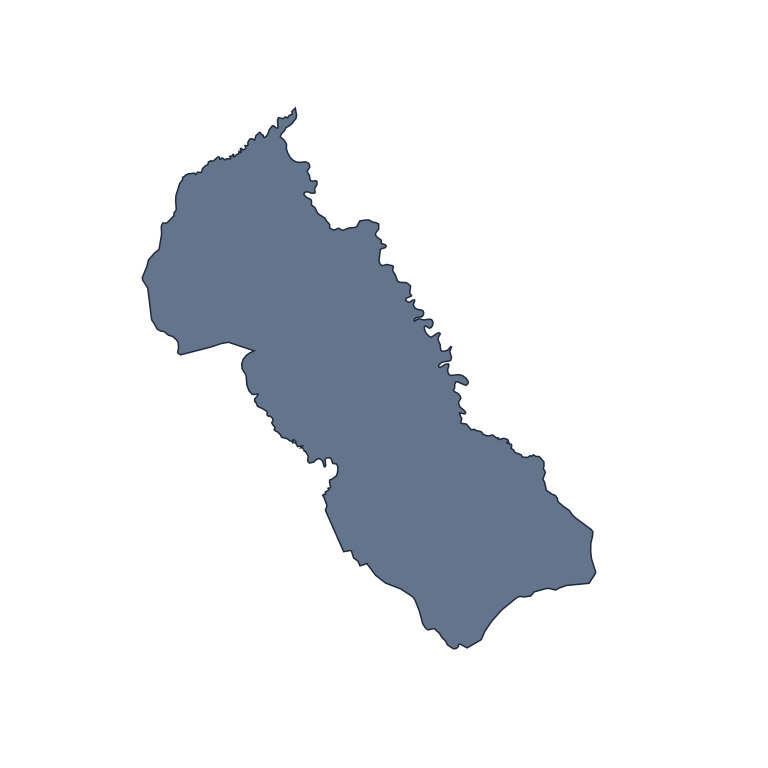 the district of Duc Linh, Bình Thuận, Vietnam, rotated 120°
{"feature_id": "81297802B10372149063277", "entity_name": "Duc Linh", "entity_type": "district", "adm_level": 2, "iso_a3": "VNM", "parent_name": "Vietnam", "parent_adm1": "Bình Thuận", "projection": "mercator", "projection_center": [107.507, 11.194], "detail": "fine", "context": "isolated", "style": "filled", "palette": "slate", "viewbox_px": 768, "rotation_deg": 120, "n_neighbors": 0, "source": "geoboundaries", "source_scale": "gbopen_adm2", "svg_char_len": 6171}
<svg xmlns="http://www.w3.org/2000/svg" viewBox="0 0 768 768"><g transform="rotate(120 384 384)"><path d="M406.4,132.1L404.2,151.3L403.4,154.8L400.8,160.7L400.4,166.5L399.2,173.5L398.5,174.9L396.3,176.8L394.9,179.6L395.4,183.3L394.8,190.3L388.7,195.9L387.0,198.8L379.9,200.0L377.3,203.9L374.8,204.5L371.4,206.7L369.4,212.7L369.6,214.2L370.8,216.2L370.6,219.2L372.6,219.9L373.1,221.7L375.6,222.7L378.2,227.7L376.7,229.7L377.8,236.2L376.2,239.2L376.3,241.9L374.3,242.1L372.6,243.4L373.7,247.7L373.1,248.3L372.6,246.6L372.2,246.6L370.4,248.9L370.3,249.9L371.2,253.2L374.8,256.9L374.6,257.5L373.5,257.8L374.4,260.4L373.8,264.0L374.3,265.2L376.6,267.2L377.5,269.3L377.9,272.9L376.7,276.1L378.1,280.7L378.2,283.5L379.6,284.8L380.0,285.9L377.5,292.5L379.3,297.2L379.2,298.3L375.3,299.2L371.7,304.2L371.2,303.9L369.5,299.0L368.0,298.9L366.9,300.8L365.9,306.7L364.0,309.2L362.3,310.4L358.0,310.3L356.3,312.0L355.2,315.0L355.4,319.0L354.9,320.6L351.7,321.0L348.8,322.7L346.1,322.8L345.3,321.2L344.4,312.9L343.4,311.9L341.9,311.5L340.5,311.8L339.6,312.6L338.1,315.7L337.5,319.5L337.8,321.6L338.4,323.7L343.1,330.4L343.5,332.2L341.6,334.8L339.3,336.2L335.1,337.2L334.4,338.4L336.2,340.6L341.6,343.7L341.9,344.9L340.9,345.8L339.5,345.9L335.9,344.5L331.1,338.6L329.9,338.1L327.3,338.8L322.9,343.3L318.1,344.1L318.5,345.0L321.7,345.4L323.4,346.2L325.8,348.6L326.7,350.8L326.1,352.0L321.9,355.0L318.5,359.5L316.8,360.2L312.6,360.3L312.0,361.1L312.2,362.1L313.3,363.1L319.9,366.5L320.2,368.6L318.9,373.0L316.7,376.0L314.4,377.6L312.9,377.1L313.1,372.8L311.6,371.4L309.7,371.2L307.1,371.8L305.6,372.9L304.5,374.9L304.9,376.7L308.6,381.5L310.0,386.2L311.8,387.8L314.1,388.7L314.2,389.6L312.3,390.0L310.3,389.2L307.4,385.4L306.2,384.6L304.3,384.5L302.4,385.2L301.3,386.5L301.1,387.9L302.8,393.2L302.3,396.5L300.4,398.3L296.6,399.0L295.9,399.6L296.9,401.0L300.5,402.8L301.0,404.8L300.7,407.1L299.7,407.7L298.4,407.4L294.0,404.2L293.4,404.5L293.0,406.3L292.0,407.4L285.9,409.9L285.2,412.6L285.1,415.7L288.1,421.3L288.0,423.8L283.9,428.7L281.8,432.7L280.9,433.5L277.7,434.5L277.3,435.6L279.1,441.4L282.2,444.4L282.4,445.7L281.8,447.8L279.7,450.0L269.8,454.2L268.2,454.0L265.4,451.1L263.5,451.0L262.8,452.4L263.5,456.8L260.8,458.2L260.3,463.4L259.1,466.0L256.8,466.7L252.6,466.0L248.1,468.6L248.3,471.8L249.3,474.1L249.5,479.1L251.2,482.0L254.9,486.5L260.9,486.3L262.5,486.9L266.6,492.6L271.4,496.4L271.8,497.7L271.8,501.3L275.3,503.9L276.0,505.8L276.1,508.9L273.0,510.9L271.4,515.6L269.9,517.9L269.5,525.8L269.1,527.2L265.9,531.9L265.1,536.5L262.0,538.1L260.8,539.5L261.0,544.9L260.3,547.5L259.4,548.4L258.0,548.6L256.5,547.5L255.5,545.4L255.2,542.7L253.3,539.4L252.4,539.5L249.4,541.8L244.7,541.8L242.1,543.4L242.0,544.7L244.5,547.9L244.3,550.0L240.7,552.8L238.7,556.5L237.8,556.9L233.2,556.7L231.1,558.5L230.5,560.0L230.8,563.0L234.3,568.0L235.6,571.1L235.7,574.9L234.6,578.6L232.3,582.6L228.9,586.3L225.2,588.2L224.3,589.3L222.5,593.2L222.0,596.7L221.4,597.6L218.7,598.0L214.8,596.9L211.0,597.1L208.2,595.3L204.8,594.0L197.8,593.0L194.8,594.2L189.4,598.8L193.8,600.1L196.3,598.4L198.9,600.4L201.7,600.6L202.0,603.1L204.5,603.8L206.2,608.6L209.0,608.0L213.8,604.7L215.5,604.2L216.1,605.1L215.6,608.9L216.2,609.8L221.3,610.5L225.1,609.6L227.7,609.7L230.3,610.7L230.5,611.7L228.9,613.1L229.3,615.0L228.2,616.4L228.1,617.2L228.8,617.8L233.2,619.1L237.2,617.9L237.7,618.3L237.3,620.5L238.9,622.7L242.9,622.7L244.7,621.5L246.0,621.4L247.0,623.6L248.7,621.7L249.7,621.7L252.1,623.3L251.2,625.1L251.7,625.9L252.6,625.8L254.8,623.5L255.4,624.0L255.1,625.9L257.3,625.1L259.0,626.3L261.7,626.9L262.3,627.9L260.5,628.8L260.5,629.5L262.5,629.7L264.1,631.5L265.0,629.7L266.0,629.6L267.5,632.8L269.3,633.6L269.1,637.2L271.5,638.3L270.0,639.9L270.1,641.2L276.4,643.4L277.4,645.7L279.5,647.1L282.2,646.2L284.3,647.8L288.2,648.9L291.3,648.1L292.3,648.3L293.8,651.4L296.8,651.9L296.2,653.7L300.1,658.7L302.0,660.2L304.4,660.7L305.7,661.8L307.6,660.6L312.4,661.2L324.8,658.4L329.9,655.8L336.3,651.4L338.4,650.9L340.3,651.5L343.4,650.1L352.4,652.3L354.1,653.7L354.9,655.9L356.4,656.0L358.9,655.7L365.5,651.5L379.4,646.3L380.5,646.3L385.1,648.2L394.0,650.0L401.4,648.0L412.9,646.5L414.9,644.5L419.0,636.6L444.4,617.5L445.3,616.1L446.4,613.5L449.8,608.0L449.9,604.3L448.5,600.4L449.5,595.4L448.5,590.5L449.6,585.5L451.2,582.9L455.4,580.0L459.8,578.6L460.3,577.7L460.5,574.8L438.4,552.3L430.2,545.0L425.6,539.5L420.2,513.1L424.4,515.9L427.7,517.4L433.0,518.3L437.6,517.3L441.7,514.6L445.4,507.8L453.4,502.3L457.5,497.4L458.9,492.6L455.8,488.1L457.1,487.7L461.5,488.5L463.6,487.4L464.6,484.8L466.6,482.4L466.1,476.7L466.3,471.7L466.9,470.9L469.0,470.1L469.6,469.1L469.7,468.0L468.8,466.8L469.3,463.7L471.2,461.6L473.3,462.0L473.9,461.6L475.0,459.8L476.0,456.6L478.0,456.5L478.9,455.8L478.8,450.8L479.5,450.0L479.6,448.5L481.3,446.1L479.8,440.2L480.3,437.2L479.7,435.2L480.6,433.4L479.7,433.2L478.1,435.0L477.5,434.6L477.4,433.6L477.8,431.6L478.4,431.2L479.5,431.9L479.7,430.2L481.4,427.6L478.4,423.7L481.0,424.3L479.9,422.5L482.0,419.4L482.0,417.7L482.8,416.1L484.5,413.4L488.7,411.8L489.8,409.2L486.9,405.8L483.0,404.8L481.0,402.7L480.9,400.7L481.6,398.6L485.5,394.4L485.4,393.7L483.5,393.8L478.9,397.4L477.2,397.1L475.4,395.0L475.1,392.4L478.4,388.8L477.1,385.2L477.8,383.7L480.1,381.6L485.0,379.7L487.6,379.4L492.5,381.5L494.3,383.1L496.7,381.8L499.9,378.7L501.1,379.1L502.3,380.3L502.6,379.2L503.4,379.0L507.0,380.8L508.7,379.4L509.9,381.2L511.1,381.5L512.1,379.4L517.3,373.2L518.6,372.3L522.0,371.9L523.2,370.9L549.4,335.1L545.2,330.1L544.8,328.9L549.9,323.2L550.4,318.1L553.5,313.8L548.1,309.1L553.9,295.5L555.6,283.2L553.1,266.9L554.0,252.5L555.7,249.0L562.9,239.9L572.2,230.7L574.8,225.7L574.9,222.7L571.4,219.3L570.6,217.0L571.5,215.3L572.1,211.5L574.6,207.1L575.8,202.1L578.2,198.7L578.6,192.2L578.2,190.6L576.3,188.9L574.4,188.4L572.4,189.1L571.2,188.0L571.0,180.1L556.7,171.9L547.7,173.0L535.5,172.1L520.9,169.1L503.1,162.4L500.0,160.2L498.5,156.4L494.3,151.0L488.9,150.0L479.9,141.1L478.4,138.5L476.6,132.3L473.1,130.3L467.2,125.2L454.1,106.8L443.2,106.2L441.2,106.5L431.6,116.9L425.9,121.1L418.6,125.2L411.9,127.2L407.4,129.3L406.4,132.1Z" fill="#64748b" stroke="#1e293b" stroke-width="1.5"/></g></svg>